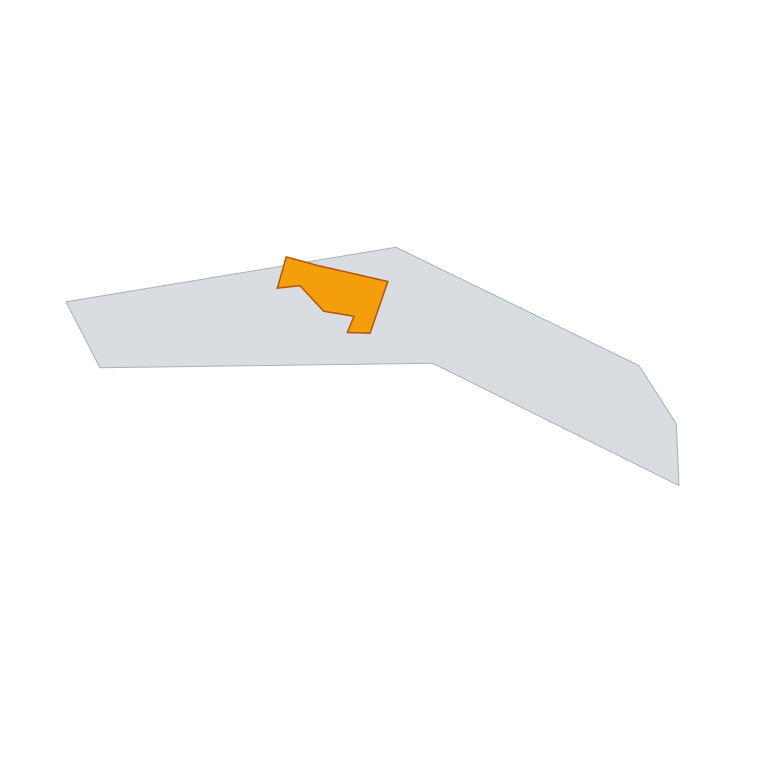 Smith's highlighted on a map of Bermuda, rotated 230°
{"feature_id": "BMU-5142", "entity_name": "Smith's", "entity_type": "state/province", "adm_level": 1, "iso_a3": "BMU", "parent_name": "Bermuda", "parent_adm1": "", "projection": "mercator", "projection_center": [-64.729, 32.316], "detail": "fine", "context": "in_parent", "style": "filled", "palette": "amber", "viewbox_px": 768, "rotation_deg": 230, "n_neighbors": 0, "source": "natural_earth", "source_scale": "10m", "svg_char_len": 449}
<svg xmlns="http://www.w3.org/2000/svg" viewBox="0 0 768 768"><g transform="rotate(230 384 384)"><path d="M481.1,481.0L234.1,591.1L165.5,582.3L116.6,544.7L368.6,434.7L579.0,176.9L651.4,193.2L481.1,481.0Z" fill="#d9dde1" stroke="#a8b0b8" stroke-width="1"/><path d="M478.4,384.6L513.3,382.8L526.0,363.9L544.2,390.8L517.5,409.3L460.0,452.8L431.9,406.0L447.0,389.0L455.2,404.6L478.4,384.6Z" fill="#f59e0b" stroke="#b45309" stroke-width="1.5"/></g></svg>